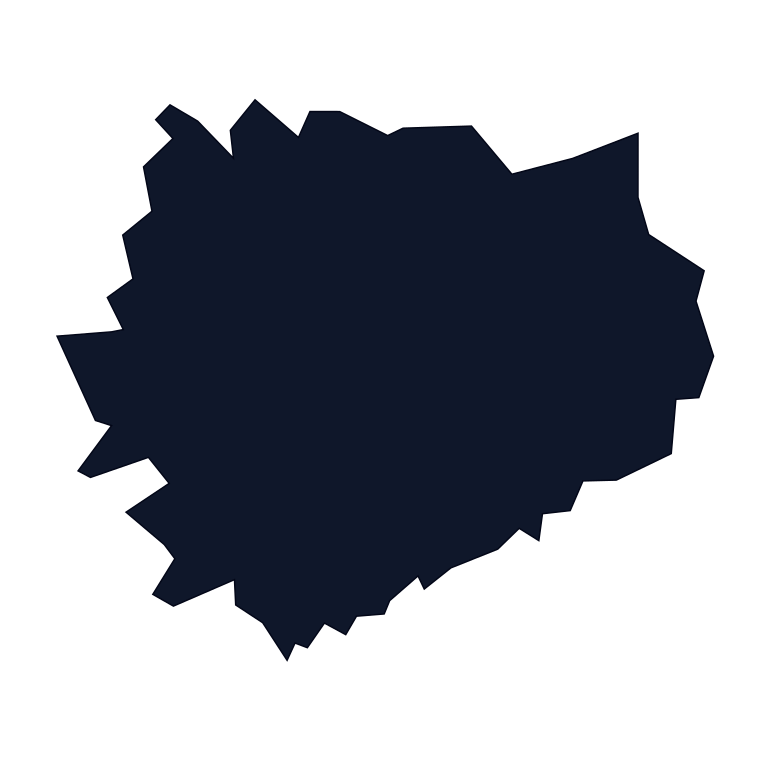 outline of Madison, Kentucky, United States of America, rotated 272°
{"feature_id": "52423323B91940214959831", "entity_name": "Madison", "entity_type": "district", "adm_level": 2, "iso_a3": "USA", "parent_name": "United States of America", "parent_adm1": "Kentucky", "projection": "equal_earth", "projection_center": [-84.298, 37.716], "detail": "fine", "context": "isolated", "style": "filled", "palette": "ink", "viewbox_px": 768, "rotation_deg": 272, "n_neighbors": 0, "source": "geoboundaries", "source_scale": "gbopen_adm2", "svg_char_len": 947}
<svg xmlns="http://www.w3.org/2000/svg" viewBox="0 0 768 768"><g transform="rotate(272 384 384)"><path d="M655.5,160.4L640.2,146.6L622.0,164.5L592.6,136.1L548.6,146.1L523.7,117.7L480.3,129.5L460.8,104.5L429.3,121.6L426.6,109.9L420.4,55.6L337.5,96.9L332.9,113.2L286.5,81.3L280.4,93.9L302.5,151.1L277.2,172.8L246.9,130.7L215.9,170.0L202.1,181.1L165.7,160.3L154.7,181.3L183.3,241.4L158.0,243.5L141.2,271.1L104.5,296.8L122.0,304.1L117.8,316.6L143.0,332.8L132.2,354.5L151.0,364.6L154.2,392.2L167.7,397.2L193.4,424.7L180.5,431.4L202.6,457.3L223.0,503.5L244.5,524.1L232.9,544.2L259.9,546.9L264.0,574.5L294.1,586.2L296.1,619.6L324.5,673.5L378.9,676.2L381.4,699.1L423.3,712.4L477.7,692.9L508.3,700.0L542.6,643.3L579.4,631.3L643.5,629.1L616.0,564.6L598.1,504.5L644.8,462.4L640.3,394.1L632.4,379.0L654.7,330.2L653.7,300.5L627.4,289.9L663.5,245.2L632.2,221.6L604.3,225.7L640.2,188.6L655.5,160.4Z" fill="#0f172a" stroke="#020617" stroke-width="1.5"/></g></svg>